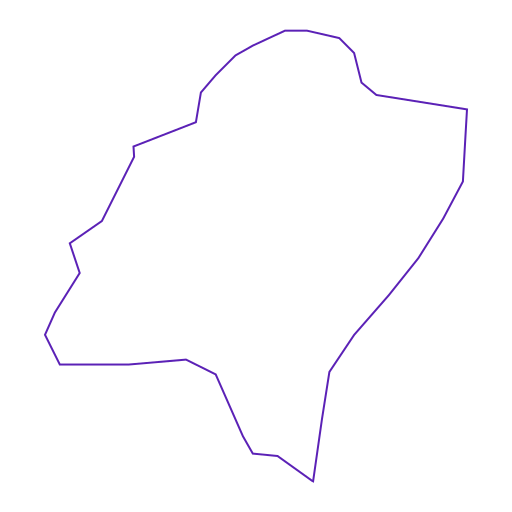 Gunpo-si, Gyeonggi, South Korea (orthographic projection)
{"feature_id": "91817680B51138241033746", "entity_name": "Gunpo-si", "entity_type": "district", "adm_level": 2, "iso_a3": "KOR", "parent_name": "South Korea", "parent_adm1": "Gyeonggi", "projection": "orthographic", "projection_center": [126.925, 37.33], "detail": "fine", "context": "isolated", "style": "outline", "palette": "violet", "viewbox_px": 512, "rotation_deg": 0, "n_neighbors": 0, "source": "geoboundaries", "source_scale": "gbopen_adm2", "svg_char_len": 578}
<svg xmlns="http://www.w3.org/2000/svg" viewBox="0 0 512 512"><path d="M313.1,481.3L322.0,418.9L329.4,371.9L354.2,334.8L388.8,295.2L418.4,258.1L443.2,218.6L462.9,181.5L465.4,137.0L467.0,109.4L376.4,95.0L361.5,82.6L354.1,53.0L339.3,38.1L307.1,30.7L300.7,30.7L284.9,30.7L252.8,45.6L235.5,55.4L215.7,75.2L200.9,92.5L195.9,122.2L133.5,146.5L134.1,156.8L101.9,221.0L69.8,243.3L79.7,273.0L54.9,312.5L45.0,334.8L59.8,364.5L84.6,364.5L129.1,364.5L186.0,359.6L215.7,374.4L242.9,436.2L252.8,453.6L277.5,456.0L312.1,480.8L313.1,481.3Z" fill="none" stroke="#5b21b6" stroke-width="2"/></svg>